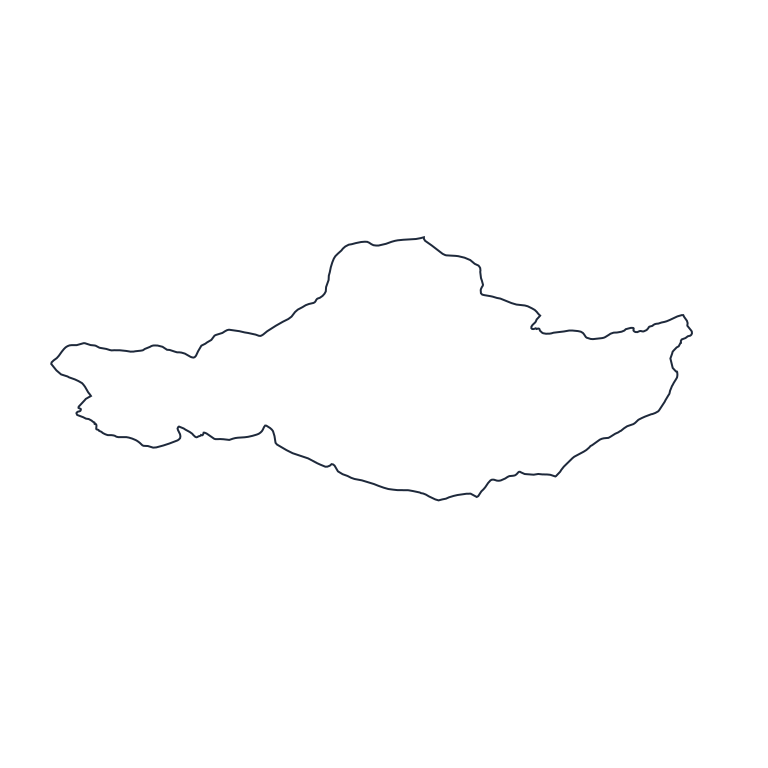 the district of Nuevo Colón, Boyacá, Colombia, rotated 71°
{"feature_id": "7082276B31852180812042", "entity_name": "Nuevo Colón", "entity_type": "district", "adm_level": 2, "iso_a3": "COL", "parent_name": "Colombia", "parent_adm1": "Boyacá", "projection": "robinson", "projection_center": [-73.45, 5.353], "detail": "fine", "context": "isolated", "style": "outline", "palette": "slate", "viewbox_px": 768, "rotation_deg": 71, "n_neighbors": 0, "source": "geoboundaries", "source_scale": "gbopen_adm2", "svg_char_len": 6140}
<svg xmlns="http://www.w3.org/2000/svg" viewBox="0 0 768 768"><g transform="rotate(71 384 384)"><path d="M479.0,111.5L477.2,109.6L474.2,105.9L473.2,104.8L471.8,104.0L470.3,103.4L468.0,102.9L467.5,103.1L467.5,103.6L466.9,104.0L462.8,105.8L453.1,104.9L449.0,101.6L447.7,100.8L446.9,99.7L444.7,95.4L444.3,93.1L441.6,90.2L441.7,89.8L439.9,89.3L438.8,88.0L438.7,84.0L437.8,81.2L438.0,78.6L437.5,77.4L436.5,76.4L434.8,75.9L433.9,76.0L427.7,78.2L427.1,78.0L425.3,77.1L422.9,77.0L418.1,78.4L416.3,78.6L415.8,80.2L415.6,84.6L416.5,93.0L416.7,96.3L416.6,98.5L416.2,101.7L416.2,104.9L415.7,107.0L415.6,108.6L415.9,110.2L416.4,111.2L416.2,114.4L416.6,115.3L417.4,116.1L418.5,118.2L418.8,121.4L418.4,122.6L417.5,123.9L417.2,125.0L417.4,127.6L416.8,129.2L416.1,130.0L415.5,130.4L414.7,130.7L413.8,130.4L413.1,129.9L412.3,130.0L411.8,130.9L411.3,132.4L411.1,134.6L410.9,137.6L411.7,139.3L411.9,142.3L411.2,146.8L410.2,150.2L410.2,153.5L410.7,155.3L411.7,159.7L411.8,161.1L411.6,162.9L409.6,171.8L408.7,173.9L406.2,177.3L405.2,177.9L402.1,178.7L400.5,179.3L398.6,180.9L397.1,183.4L394.9,188.2L393.7,191.7L392.9,196.8L390.7,207.0L390.6,209.4L390.3,211.0L389.2,214.5L387.8,217.0L387.1,217.7L384.5,219.1L382.5,219.2L382.0,219.6L381.7,220.3L381.7,221.8L381.5,222.0L381.0,222.1L380.7,222.5L380.8,223.6L380.7,224.9L380.2,226.0L379.2,226.5L377.7,225.9L376.5,224.3L374.9,220.8L373.8,219.6L372.7,218.7L371.5,216.4L370.2,214.1L367.8,215.3L365.5,216.1L363.0,217.4L360.5,219.6L357.3,222.8L355.6,225.3L352.0,232.9L349.0,237.1L341.1,246.2L339.4,249.2L336.8,252.8L335.7,254.6L332.7,260.1L331.5,262.0L329.8,262.8L326.7,262.0L325.9,261.5L324.3,260.0L323.4,258.8L322.5,258.1L318.2,257.8L315.4,257.8L309.3,256.5L308.2,255.9L305.7,255.3L304.2,255.6L302.8,256.1L299.9,259.1L294.9,262.1L290.8,266.7L287.3,272.2L286.2,274.5L282.6,283.3L281.8,284.4L280.0,286.2L268.5,293.8L262.0,298.5L259.8,299.0L258.2,298.5L258.0,301.9L257.3,306.6L253.9,318.8L252.6,324.3L252.2,327.1L252.0,330.5L252.1,336.4L251.3,344.1L250.6,346.2L249.3,348.8L247.7,350.4L245.5,352.1L244.1,353.6L243.2,355.9L242.3,359.4L241.6,364.8L241.3,369.0L240.8,372.0L241.4,375.9L242.6,378.8L243.9,380.8L245.7,385.1L247.3,388.4L249.1,390.6L252.2,393.3L256.3,396.3L260.7,398.9L263.6,400.9L267.6,402.5L273.5,407.2L277.5,408.9L279.3,410.9L280.7,413.4L281.6,416.6L281.6,419.0L281.8,419.7L282.5,420.8L283.4,421.7L284.1,422.8L284.4,424.2L283.9,429.0L284.0,432.4L284.8,436.1L285.6,441.3L287.0,444.7L290.2,449.5L291.4,453.3L292.2,459.3L293.7,467.3L296.1,477.3L297.9,482.2L298.3,484.1L298.3,485.2L297.7,486.6L295.5,489.3L291.5,495.9L289.9,498.9L287.0,503.5L282.2,512.9L282.0,514.8L282.3,516.9L283.1,520.2L282.9,527.0L283.1,528.5L286.1,532.9L287.1,537.9L287.7,539.7L288.3,544.2L292.5,549.1L296.1,552.6L297.0,554.3L297.0,555.5L296.4,556.7L295.4,558.0L290.4,562.4L288.3,565.4L287.4,567.3L286.7,569.3L285.5,571.0L282.0,575.6L281.0,578.0L276.7,581.3L273.9,585.6L272.6,589.1L272.4,590.5L272.4,591.6L272.7,593.3L273.0,598.9L273.4,600.1L273.6,601.1L273.3,603.1L272.1,608.4L271.8,610.3L270.9,613.1L268.8,617.0L266.1,622.8L264.3,627.9L263.5,630.7L262.6,632.2L260.4,635.2L257.5,640.5L257.0,641.3L253.9,644.2L253.2,645.4L251.7,648.7L248.0,653.6L247.6,654.8L247.2,661.9L245.6,666.5L245.1,668.8L245.2,671.0L245.7,673.1L246.7,675.2L248.5,678.1L251.5,682.3L253.0,685.0L254.1,688.6L255.3,691.2L256.7,692.1L264.5,689.3L269.8,686.2L273.9,680.7L275.1,679.7L279.0,674.8L281.8,671.9L284.9,669.2L286.8,668.4L289.3,667.6L295.6,666.4L298.1,665.5L299.9,665.0L301.0,670.8L301.9,672.3L306.0,680.0L306.7,680.5L307.2,680.6L308.8,678.9L309.4,678.9L309.9,679.2L310.5,679.8L310.7,680.6L310.5,682.5L310.9,683.7L311.4,684.3L312.3,684.3L313.3,684.2L313.8,683.7L317.5,679.2L319.7,677.1L321.0,674.6L323.4,672.4L324.8,671.6L326.2,670.3L326.7,670.3L327.3,670.7L327.7,670.5L327.9,669.7L328.5,669.3L329.7,669.4L332.7,670.7L333.3,670.5L334.5,668.9L335.4,668.7L336.0,668.1L337.3,666.7L338.6,666.0L340.5,664.2L341.6,662.9L342.4,661.8L343.7,658.2L344.5,656.6L345.3,655.4L346.7,654.2L347.8,652.4L350.3,645.0L351.6,642.7L353.6,639.9L356.2,637.0L357.7,635.7L359.9,634.2L363.3,632.4L364.2,631.4L365.8,627.4L369.0,623.0L369.8,620.0L370.3,612.7L370.4,606.4L370.1,597.5L369.6,595.8L368.8,594.4L367.1,593.5L365.1,593.2L360.4,593.8L358.9,593.7L357.8,592.7L357.5,591.7L360.8,587.9L362.5,586.6L366.1,583.3L368.6,581.5L370.2,580.9L372.6,579.6L373.3,578.7L373.4,577.7L373.1,576.5L373.2,575.1L373.1,574.2L372.6,573.6L373.3,572.7L373.2,572.0L372.6,571.3L371.3,570.4L371.6,569.5L373.0,567.9L380.6,562.3L381.4,561.0L382.8,556.6L384.0,553.7L386.5,548.5L386.5,544.7L386.7,542.2L387.2,539.7L389.0,533.1L389.7,529.7L390.2,525.2L390.4,520.8L390.3,518.7L389.7,516.6L388.9,514.9L387.7,513.4L385.7,511.5L384.6,509.9L385.1,508.8L388.6,506.0L390.6,504.9L392.5,504.3L397.6,504.5L404.3,505.7L406.4,504.9L414.8,497.7L419.7,492.9L429.6,480.0L437.1,473.0L439.3,470.7L443.1,466.4L443.7,464.5L443.6,461.8L442.7,459.7L443.5,458.3L445.1,457.3L451.6,456.0L455.8,452.5L459.1,448.4L462.0,445.6L464.2,442.8L467.9,436.3L475.3,426.1L478.4,422.5L481.9,418.1L484.7,414.1L486.7,410.1L488.6,406.1L492.4,395.5L494.8,391.2L498.3,385.4L499.2,384.6L500.3,382.6L502.2,380.4L504.9,378.1L509.8,373.1L511.8,370.3L512.1,366.4L512.6,362.7L512.3,359.4L512.5,354.5L512.9,350.7L514.6,341.8L515.9,337.8L521.0,333.1L520.7,331.4L517.2,326.9L516.0,324.3L514.6,321.9L511.5,317.8L509.8,314.7L509.6,313.1L510.2,311.3L512.2,308.6L512.9,306.8L513.2,305.0L512.8,300.1L512.1,297.4L511.9,295.5L512.8,291.7L513.0,290.2L512.9,289.3L512.4,287.9L511.1,285.5L511.0,284.8L511.3,284.0L512.4,283.0L514.9,280.3L515.7,278.5L518.5,272.0L519.3,267.4L520.9,264.0L522.8,258.9L524.0,256.3L527.2,252.1L527.1,251.4L524.3,246.0L522.9,244.3L520.7,240.9L515.5,230.0L514.7,227.8L513.0,217.2L512.3,214.2L510.9,210.7L509.9,209.0L509.6,207.1L506.9,198.1L506.7,196.0L506.9,193.8L508.0,189.3L507.6,187.1L506.3,181.6L506.0,178.2L505.5,176.5L505.4,175.2L504.0,171.4L503.1,167.8L503.1,161.2L502.5,159.1L500.7,155.2L500.5,154.1L500.1,151.1L499.8,147.7L499.6,141.1L499.8,139.9L499.7,136.9L499.1,133.6L498.4,132.4L492.2,124.4L491.0,123.2L487.2,118.7L486.6,117.8L485.8,117.1L483.5,115.7L481.7,114.1L479.7,112.4L479.0,111.5Z" fill="none" stroke="#1e293b" stroke-width="2"/></g></svg>